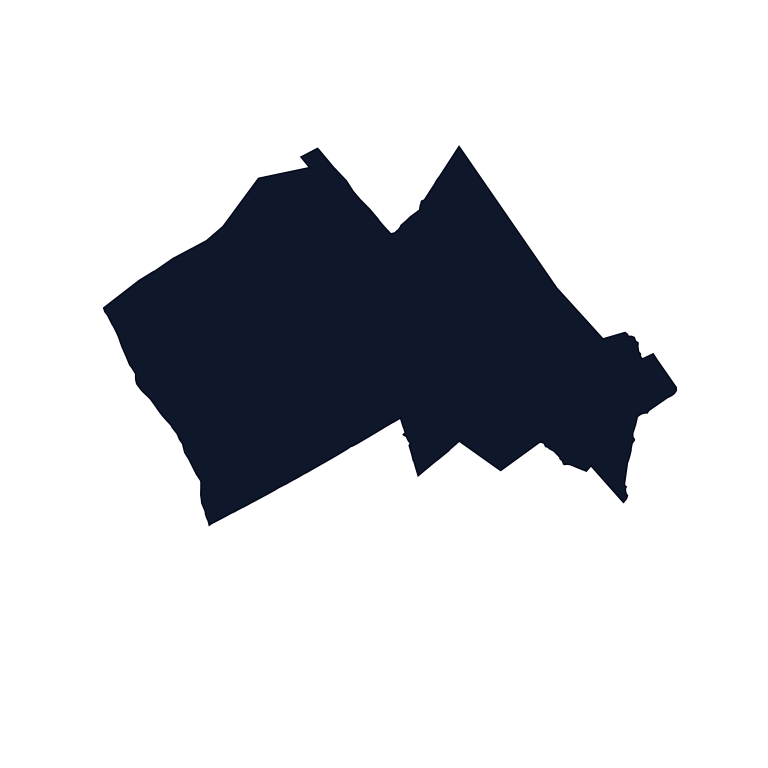 Santo Domingo Ingenio, Oaxaca, Mexico, rotated 44°
{"feature_id": "50627088B8466826145591", "entity_name": "Santo Domingo Ingenio", "entity_type": "district", "adm_level": 2, "iso_a3": "MEX", "parent_name": "Mexico", "parent_adm1": "Oaxaca", "projection": "albers", "projection_center": [-94.713, 16.571], "detail": "fine", "context": "isolated", "style": "filled", "palette": "ink", "viewbox_px": 768, "rotation_deg": 44, "n_neighbors": 0, "source": "geoboundaries", "source_scale": "gbopen_adm2", "svg_char_len": 3542}
<svg xmlns="http://www.w3.org/2000/svg" viewBox="0 0 768 768"><g transform="rotate(44 384 384)"><path d="M593.4,222.1L592.9,218.9L597.3,196.9L598.9,192.5L599.4,189.1L598.7,185.5L598.3,185.2L596.6,183.5L581.0,180.4L563.7,177.0L556.7,175.3L552.4,186.7L548.8,185.9L548.3,185.2L547.8,184.3L545.4,184.0L544.6,183.9L540.4,180.6L538.9,178.7L537.9,177.8L535.5,178.6L531.7,176.7L528.9,177.8L527.6,179.2L526.1,180.0L524.7,179.2L521.6,179.5L510.2,199.5L491.1,198.2L441.7,195.0L291.3,164.7L273.0,161.0L279.0,191.7L279.3,193.5L279.7,195.2L280.3,200.0L280.6,201.5L281.7,205.6L282.6,210.2L285.2,223.5L284.9,224.4L284.0,226.5L285.7,229.2L285.8,229.9L288.8,234.1L287.0,244.8L286.9,245.0L286.7,251.0L286.1,257.2L286.2,258.5L286.5,258.7L286.7,259.2L286.8,260.5L287.7,264.4L286.9,264.4L287.0,265.8L286.7,268.0L285.9,269.5L285.3,270.0L285.0,271.0L284.7,271.4L281.7,271.1L281.1,271.1L280.9,271.1L275.3,270.8L275.2,270.8L266.8,270.0L264.9,269.5L260.6,269.1L252.7,268.3L238.1,267.9L227.9,266.9L215.8,264.0L202.3,263.4L199.4,263.2L199.0,263.4L173.8,260.7L172.5,260.7L166.6,278.4L180.2,280.0L150.9,323.2L158.7,381.8L158.8,382.9L156.8,404.3L145.1,440.2L140.6,462.7L140.2,463.0L136.0,479.4L129.5,524.0L133.0,525.9L137.6,526.6L147.4,530.0L147.5,529.8L153.6,531.9L156.9,533.1L159.9,534.3L162.4,535.5L164.8,536.8L169.9,539.3L180.2,543.5L187.8,546.9L191.0,547.3L198.3,549.2L198.4,549.3L201.9,552.9L203.7,554.2L206.0,555.6L212.2,556.7L215.2,557.0L219.5,557.0L223.3,556.9L224.1,557.0L226.4,557.0L237.1,559.0L239.6,559.5L244.3,560.3L247.0,560.7L251.2,561.0L253.3,561.2L254.5,561.2L256.3,561.3L261.3,561.7L261.4,562.3L269.7,563.4L275.5,565.9L280.8,566.9L282.1,567.8L288.3,571.7L295.6,573.5L310.4,578.7L310.7,578.9L319.6,580.9L321.2,582.4L323.8,585.1L329.2,591.0L333.4,594.3L335.6,596.2L343.7,599.7L346.1,601.6L349.7,603.5L352.5,604.5L356.4,607.0L356.9,604.1L359.1,597.7L363.0,585.6L363.0,585.3L364.2,581.8L364.4,581.7L364.6,581.1L365.6,578.2L365.4,578.0L365.6,577.8L366.8,574.2L368.2,570.0L368.4,569.9L370.9,561.8L372.5,557.0L372.7,556.4L372.9,555.8L373.3,554.4L375.7,546.9L375.8,546.7L378.2,539.0L379.3,535.4L379.3,534.9L379.5,534.1L379.8,533.4L379.7,533.2L381.0,529.4L381.8,527.0L382.0,526.3L382.4,525.3L382.7,524.8L384.0,520.2L387.5,509.0L387.6,508.6L388.6,504.8L390.1,500.5L391.4,495.8L391.5,495.5L392.3,492.6L393.2,489.6L393.3,489.4L394.8,484.3L397.6,474.7L398.4,472.0L399.4,468.4L402.8,455.7L403.4,452.1L404.1,451.2L406.0,445.6L407.9,438.7L410.3,430.0L411.7,424.8L413.0,419.9L413.2,419.2L414.6,413.8L416.8,405.9L417.2,405.1L419.3,397.5L419.4,397.2L419.5,396.8L419.7,397.1L427.8,401.6L428.2,401.6L433.2,404.3L433.0,407.0L433.8,407.0L436.7,406.2L438.0,406.7L438.6,407.1L441.4,408.0L444.0,408.1L444.9,410.8L452.6,415.1L458.4,418.8L458.8,418.6L472.3,426.3L473.7,412.8L474.8,402.9L474.9,402.4L475.1,401.7L476.9,386.7L476.7,385.3L477.8,372.8L528.0,365.2L536.4,317.5L539.2,315.7L540.0,315.5L542.1,315.9L542.7,316.4L543.8,316.6L546.2,315.4L547.5,315.7L552.9,314.2L561.4,314.5L562.4,315.4L563.4,315.5L565.0,315.2L567.2,316.0L568.6,316.8L569.7,316.6L570.5,315.5L571.4,314.5L573.9,312.6L581.0,309.8L590.1,306.1L589.6,299.0L638.0,302.8L638.5,302.8L638.1,298.1L637.3,296.5L636.6,295.1L635.0,294.9L633.6,294.3L632.9,293.7L632.5,293.6L630.8,292.1L629.8,290.8L629.8,290.6L629.7,289.7L628.2,289.8L626.8,289.4L614.0,271.8L611.4,266.4L608.1,260.6L606.7,259.0L603.7,254.4L603.3,252.0L603.0,250.3L602.8,250.1L599.4,249.1L598.3,247.7L597.1,246.6L595.3,242.8L592.9,238.0L588.9,231.5L589.6,227.5L590.7,225.2L592.1,223.2L593.4,222.1Z" fill="#0f172a" stroke="#020617" stroke-width="1.5"/></g></svg>